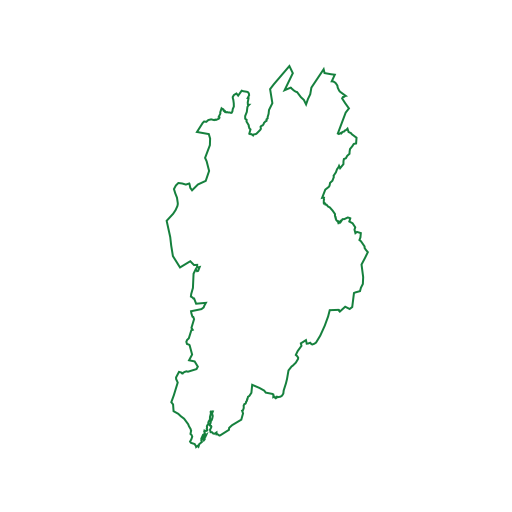 Voss nor, Hordaland, Norway, rotated 297°
{"feature_id": "86288312B86706978449473", "entity_name": "Voss nor", "entity_type": "district", "adm_level": 2, "iso_a3": "NOR", "parent_name": "Norway", "parent_adm1": "Hordaland", "projection": "robinson", "projection_center": [6.456, 60.713], "detail": "fine", "context": "isolated", "style": "outline", "palette": "green", "viewbox_px": 512, "rotation_deg": 297, "n_neighbors": 0, "source": "geoboundaries", "source_scale": "gbopen_adm2", "svg_char_len": 6055}
<svg xmlns="http://www.w3.org/2000/svg" viewBox="0 0 512 512"><g transform="rotate(297 256 256)"><path d="M453.3,243.9L452.1,240.6L450.1,234.0L453.1,231.5L431.2,228.9L424.7,230.9L419.6,231.0L413.8,231.8L416.8,227.8L417.9,223.9L420.7,218.2L420.5,217.4L420.5,215.8L420.8,213.9L421.2,212.7L421.3,211.7L421.8,211.0L421.8,210.5L416.7,206.2L435.6,205.8L440.4,199.5L417.1,193.9L411.1,192.8L399.6,201.2L392.0,201.3L388.3,202.7L385.0,203.3L383.9,203.9L382.5,203.3L381.9,203.8L381.1,204.0L380.2,203.3L378.2,202.7L376.6,202.9L375.3,202.6L374.4,201.7L373.2,201.4L371.6,202.6L370.2,202.5L365.2,200.9L364.6,200.5L363.0,198.5L362.1,198.6L362.5,196.6L361.9,195.4L361.9,194.5L366.3,193.6L366.7,192.2L368.5,190.5L369.2,190.2L371.5,186.5L373.1,185.8L373.3,184.3L373.5,184.0L375.8,182.8L380.2,182.4L384.9,180.7L386.3,180.8L387.6,181.2L387.3,180.6L387.3,180.0L389.1,178.9L393.3,177.7L393.3,177.3L393.1,176.9L396.1,176.9L397.3,176.1L398.1,175.0L398.3,174.3L398.2,173.4L397.0,169.7L396.8,168.2L390.8,167.3L391.9,164.8L389.7,163.4L389.2,163.2L387.0,163.1L385.6,164.1L385.1,164.7L381.9,166.9L379.1,168.4L376.3,168.6L374.2,169.3L372.6,169.3L372.2,168.9L371.9,167.3L371.2,166.0L371.1,164.9L370.5,164.3L370.6,163.9L370.2,163.2L370.3,162.9L371.0,162.6L371.2,162.2L371.2,161.4L370.9,161.2L371.6,160.6L371.5,160.3L371.9,159.9L371.9,159.0L371.7,158.6L371.8,158.3L367.8,158.9L366.7,159.6L363.3,159.6L363.4,159.9L362.6,160.7L361.4,160.5L359.0,158.5L358.9,158.3L359.0,157.7L358.1,157.1L357.4,154.0L355.5,151.8L353.0,150.8L352.3,148.7L350.4,148.1L339.7,147.1L343.2,158.6L339.8,161.8L333.8,164.6L320.3,166.1L318.0,169.0L310.5,175.6L300.1,177.1L293.4,171.8L285.5,169.2L286.9,166.5L290.0,164.0L290.3,163.6L287.8,161.1L287.1,157.3L285.8,153.7L282.5,152.6L278.4,152.5L275.2,155.6L272.1,159.1L267.6,162.3L266.6,162.8L264.8,163.3L260.4,163.5L256.0,163.0L246.8,160.4L233.9,171.0L226.8,175.7L218.2,182.0L211.3,193.5L221.5,199.8L219.8,204.9L221.4,207.6L218.9,208.7L220.6,210.8L216.5,211.2L215.7,210.4L216.9,208.3L211.9,208.4L198.9,214.3L192.8,215.5L190.3,216.4L190.2,218.4L189.7,219.4L189.7,219.8L190.0,220.2L186.3,224.3L191.5,232.6L188.3,232.5L186.4,232.7L183.9,231.5L177.3,223.2L175.4,224.6L173.2,226.8L173.0,227.1L173.2,227.8L171.6,229.5L162.7,231.1L161.5,233.1L160.5,232.1L152.2,233.5L149.8,232.7L147.9,232.9L146.3,234.4L146.6,236.9L146.2,237.5L139.2,243.8L132.7,243.7L134.2,249.2L131.0,254.4L128.2,254.3L122.0,247.9L121.6,246.2L121.1,245.9L120.2,244.9L118.7,244.1L118.0,244.0L117.8,243.2L118.3,242.6L117.8,240.0L111.5,239.9L110.1,240.7L107.7,243.7L94.6,246.0L87.3,246.9L86.1,249.5L80.3,253.0L80.1,258.4L79.1,261.8L78.4,265.8L75.3,272.0L74.0,273.4L72.0,276.5L71.0,277.2L70.9,277.5L67.7,278.4L67.3,279.8L66.1,281.2L63.2,281.6L60.7,281.5L60.0,282.9L60.6,286.7L59.1,289.1L58.7,289.4L60.3,290.1L59.9,291.3L61.3,291.1L62.4,290.8L65.8,292.2L66.8,291.0L67.7,290.7L68.4,290.2L72.7,290.0L73.4,290.5L73.4,290.9L73.6,291.1L73.6,291.5L73.8,291.5L74.6,291.1L75.6,290.1L76.5,290.1L76.4,289.5L76.8,289.4L76.7,289.7L77.3,290.2L77.8,291.4L78.6,291.7L79.1,291.5L79.8,290.5L80.9,290.3L82.0,289.5L83.5,289.5L84.3,290.0L85.7,289.2L87.3,288.9L88.3,289.2L89.2,289.2L89.6,288.9L90.5,288.8L91.5,288.1L95.2,287.3L96.6,286.3L97.0,286.4L97.1,287.2L97.7,287.6L97.9,288.1L95.2,288.4L94.7,289.0L94.8,289.2L93.8,290.1L91.3,290.8L89.5,291.0L88.0,290.7L86.9,291.3L84.4,291.5L84.0,291.8L84.2,293.1L83.7,293.7L82.8,293.9L80.3,293.9L78.4,295.5L79.0,296.7L78.4,298.5L78.9,299.9L80.8,300.9L79.2,301.8L79.7,302.5L79.4,304.9L79.9,305.5L88.8,310.8L90.7,310.1L94.4,311.5L103.5,317.2L109.9,315.9L111.8,313.9L112.2,314.4L114.5,314.2L115.6,313.8L117.1,312.9L118.9,312.9L119.5,313.6L120.3,313.7L121.1,313.6L121.7,313.3L122.6,313.6L123.3,313.5L124.3,313.1L124.6,313.1L124.7,313.3L126.9,312.8L128.3,313.6L132.0,314.0L139.5,311.1L140.0,319.0L139.8,324.4L138.7,326.7L140.6,333.4L140.4,333.8L140.5,334.3L140.3,334.5L139.6,334.8L139.4,335.2L139.0,335.1L138.1,335.5L138.7,336.0L138.8,336.8L138.4,337.2L138.2,338.2L139.0,338.6L140.0,338.3L140.2,338.8L140.0,339.1L140.1,339.5L141.8,341.7L143.4,342.6L145.8,342.8L148.8,341.7L156.1,340.5L160.4,339.5L168.8,336.9L173.9,337.9L174.6,338.4L179.0,339.9L183.4,340.2L184.6,339.7L185.5,338.0L185.9,336.4L190.2,336.3L196.6,337.3L198.5,335.6L203.7,338.7L200.9,341.0L201.7,342.2L203.3,343.7L202.7,345.2L202.7,346.3L204.3,347.8L206.1,348.8L214.2,349.4L225.1,348.9L234.9,347.7L241.2,346.3L245.5,354.0L245.6,354.3L244.8,355.0L244.5,355.9L251.3,358.5L251.3,363.5L254.2,364.9L267.5,360.1L268.6,361.0L271.9,364.6L275.4,363.9L279.6,363.9L285.8,361.1L296.3,353.9L303.7,354.0L310.2,353.9L311.4,351.0L312.5,349.1L313.8,348.4L316.8,342.8L317.2,340.9L320.0,340.6L324.0,339.0L323.3,335.0L321.5,334.2L324.2,331.8L326.6,331.4L329.0,327.2L329.1,323.5L332.4,322.9L332.4,322.5L332.0,320.3L328.9,317.9L328.1,316.4L324.9,316.0L325.5,315.4L324.8,315.1L322.8,314.9L322.6,314.6L324.3,313.3L324.2,312.9L323.9,312.8L324.6,311.0L327.0,309.1L327.1,308.9L326.8,308.9L327.8,308.0L329.2,307.4L331.2,303.7L332.8,299.7L332.8,297.7L333.7,295.7L333.5,295.3L333.6,294.8L333.4,294.5L334.0,294.0L333.9,293.8L334.0,293.6L333.8,293.5L333.6,292.9L334.3,292.7L334.2,292.2L336.5,291.1L337.2,291.0L337.8,290.3L338.8,290.1L338.4,288.9L338.0,288.5L346.6,287.6L350.7,289.5L352.0,289.6L354.8,288.8L357.7,289.9L361.7,289.5L362.7,288.7L366.8,289.2L370.1,288.8L372.5,289.2L374.0,289.1L372.4,291.1L377.5,292.2L380.2,290.9L382.3,290.3L383.9,291.7L386.7,291.8L389.5,292.9L391.5,292.0L394.0,291.2L397.7,292.0L400.0,292.2L400.4,292.4L401.7,294.1L407.0,291.9L408.0,286.1L408.6,284.8L408.5,282.2L411.0,279.7L409.3,279.2L408.1,278.2L407.1,278.1L405.9,276.9L404.1,276.4L404.3,276.0L403.9,275.9L403.9,275.6L403.0,275.1L402.9,274.8L402.3,274.4L402.3,273.3L424.5,270.8L429.7,271.8L432.7,266.0L435.5,261.2L437.1,261.3L437.5,262.0L438.3,262.5L439.0,262.7L439.4,263.2L440.5,256.4L441.1,255.0L443.1,252.4L444.8,251.1L445.7,249.5L446.3,248.3L446.5,247.2L446.6,246.0L446.4,245.1L446.0,244.2L453.3,243.9ZM74.3,292.9L72.2,291.8L70.2,291.4L68.5,292.4L68.0,293.2L69.4,293.5L71.0,292.6L71.7,293.0L72.2,292.8L73.2,293.0L74.3,292.9Z" fill="none" stroke="#15803d" stroke-width="2"/></g></svg>